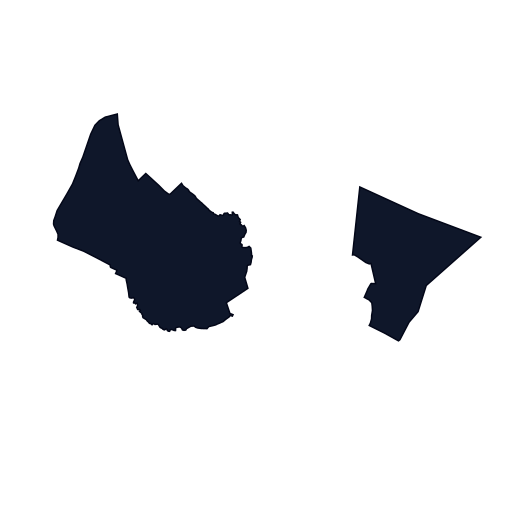 outline of Gombe, Gombe, Nigeria, rotated 22°
{"feature_id": "59680162B83386112613514", "entity_name": "Gombe", "entity_type": "district", "adm_level": 2, "iso_a3": "NGA", "parent_name": "Nigeria", "parent_adm1": "Gombe", "projection": "orthographic", "projection_center": [11.179, 10.302], "detail": "fine", "context": "isolated", "style": "filled", "palette": "ink", "viewbox_px": 512, "rotation_deg": 22, "n_neighbors": 0, "source": "geoboundaries", "source_scale": "gbopen_adm2", "svg_char_len": 3507}
<svg xmlns="http://www.w3.org/2000/svg" viewBox="0 0 512 512"><g transform="rotate(22 256 256)"><path d="M260.6,289.0L253.5,280.0L253.1,273.5L252.8,272.5L252.5,271.2L251.6,268.6L251.8,267.7L254.1,266.1L253.8,263.6L253.1,261.1L252.9,258.7L252.5,257.3L251.6,257.3L251.6,256.8L250.4,254.4L248.2,250.6L247.2,250.2L246.0,249.7L244.7,251.3L242.8,252.3L240.5,253.1L239.9,253.1L239.4,252.8L239.2,251.6L238.7,250.6L237.3,250.4L236.4,249.9L236.2,247.3L235.9,246.1L235.7,244.7L236.5,243.7L237.5,243.0L237.5,240.9L237.6,239.4L237.9,237.9L237.3,235.8L235.7,233.7L233.6,232.2L232.9,233.2L232.1,233.3L230.6,232.6L229.0,232.2L229.1,230.5L227.7,230.0L227.7,228.1L225.6,227.2L224.8,226.6L223.4,224.8L221.4,225.5L220.2,225.1L218.2,223.9L217.6,224.3L218.5,226.3L218.4,227.1L216.7,227.4L215.4,228.0L214.5,227.4L213.5,226.8L211.9,227.7L210.7,228.2L210.4,229.1L210.5,230.4L210.2,230.8L208.4,231.1L207.2,231.2L206.7,232.6L205.9,233.2L202.6,232.7L200.6,232.7L200.1,231.9L198.6,232.0L197.0,231.6L195.7,231.2L194.8,230.8L194.2,230.4L193.6,230.1L192.8,230.0L192.3,229.7L190.0,228.8L188.6,228.3L187.5,227.9L186.5,227.5L185.7,227.1L183.9,226.7L183.5,226.4L182.2,226.0L179.4,225.0L178.7,224.6L178.0,224.0L177.1,223.3L175.8,222.8L175.1,222.6L173.2,222.1L170.9,221.6L170.0,221.3L169.0,220.4L168.0,219.8L166.7,219.4L165.4,219.3L163.6,218.7L162.0,218.2L159.7,216.5L153.2,230.9L151.9,231.4L146.7,230.1L139.3,226.9L122.9,220.8L118.6,230.4L110.0,223.1L104.6,218.4L101.0,214.9L79.0,186.0L74.2,176.3L64.2,183.7L60.1,189.2L57.7,195.1L57.1,204.9L58.4,229.2L58.3,232.5L58.2,236.2L58.7,240.9L58.9,249.3L58.9,258.0L57.4,269.5L54.6,288.3L55.1,295.2L55.2,298.9L56.3,302.2L57.4,303.6L62.1,307.8L64.3,310.0L65.5,312.9L66.0,315.7L82.8,316.3L94.5,316.1L109.0,317.4L123.8,318.9L124.3,319.2L125.0,320.6L125.7,321.0L132.5,321.3L132.4,324.9L133.5,324.9L144.1,325.3L144.5,326.6L147.1,330.4L148.6,332.9L151.6,337.7L153.7,341.6L154.4,342.0L156.0,341.8L156.9,341.4L157.6,340.6L158.1,340.4L158.6,340.8L159.1,341.1L159.9,341.7L159.7,344.7L160.1,345.4L161.2,345.0L162.3,345.5L163.0,344.6L163.5,344.4L164.4,345.4L164.9,347.0L164.6,348.2L166.3,349.9L167.1,349.8L168.4,349.1L169.2,349.7L168.7,350.9L169.6,351.3L171.5,351.9L172.3,353.0L173.3,353.5L173.6,354.7L174.4,355.5L175.8,355.7L177.3,356.0L178.2,356.1L179.5,357.0L181.2,357.6L182.5,358.4L183.5,358.0L184.7,358.6L185.4,358.7L186.1,357.2L186.9,357.1L188.0,357.3L190.3,356.0L191.3,356.2L192.2,356.9L193.6,358.0L194.3,358.2L195.3,358.3L196.1,358.2L196.8,358.7L198.6,358.9L199.4,358.1L199.8,357.1L200.5,357.1L201.2,357.8L201.9,358.4L203.1,358.5L204.1,358.2L204.1,356.9L204.4,356.3L205.1,355.8L205.9,355.7L208.1,355.7L209.3,355.3L209.2,354.6L208.4,353.5L208.7,352.4L209.9,351.4L211.8,350.3L213.9,350.6L215.5,352.1L217.1,351.9L218.6,351.0L218.8,349.4L221.9,345.5L224.8,344.1L226.7,344.7L228.8,344.6L232.5,343.7L237.8,341.7L238.6,339.2L240.4,337.9L242.4,336.5L244.5,334.9L245.4,333.8L247.7,331.6L249.0,330.1L249.7,329.6L250.3,328.7L251.6,326.2L252.9,324.1L253.6,323.1L254.1,322.0L254.2,320.8L256.6,320.6L256.7,319.0L253.3,319.0L252.9,318.5L246.0,310.4L260.6,289.0ZM326.4,153.1L345.1,218.9L346.7,218.1L350.7,218.7L360.3,220.9L364.0,220.9L365.4,219.8L377.3,236.8L373.2,238.3L372.9,238.8L372.0,244.9L372.1,246.2L371.9,253.8L372.8,253.8L374.5,254.1L377.1,254.3L379.4,255.3L380.9,256.0L382.6,259.1L384.4,262.9L385.5,267.8L386.7,271.0L387.2,275.2L387.0,278.0L403.6,279.3L419.9,281.3L420.8,279.7L422.7,260.1L427.1,246.9L424.9,219.6L457.4,154.4L390.6,156.0L326.4,153.1Z" fill="#0f172a" stroke="#020617" stroke-width="1.5"/></g></svg>